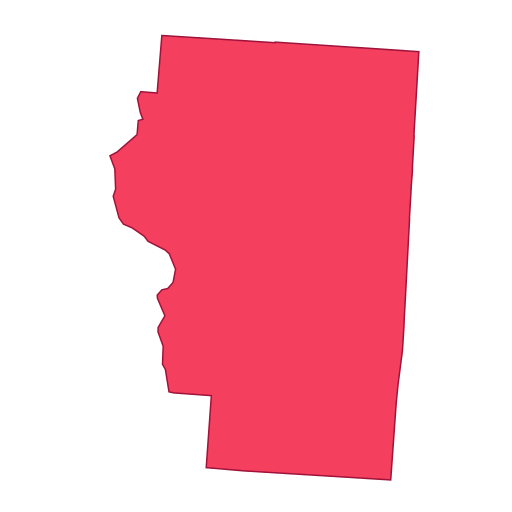 Cassia, Idaho, United States of America (Equal Earth projection), rotated 274°
{"feature_id": "52423323B45878756747567", "entity_name": "Cassia", "entity_type": "district", "adm_level": 2, "iso_a3": "USA", "parent_name": "United States of America", "parent_adm1": "Idaho", "projection": "equal_earth", "projection_center": [-113.644, 42.338], "detail": "fine", "context": "isolated", "style": "filled", "palette": "rose", "viewbox_px": 512, "rotation_deg": 274, "n_neighbors": 0, "source": "geoboundaries", "source_scale": "gbopen_adm2", "svg_char_len": 900}
<svg xmlns="http://www.w3.org/2000/svg" viewBox="0 0 512 512"><g transform="rotate(274 256 256)"><path d="M159.5,169.7L141.4,170.3L136.6,173.5L114.4,178.7L113.7,183.6L113.6,221.2L41.4,221.1L40.8,258.9L42.0,406.0L100.4,406.1L115.7,406.1L120.2,406.2L122.4,406.2L138.4,406.7L172.1,408.7L195.9,408.5L204.6,408.2L215.2,408.1L303.5,406.6L304.9,406.4L326.7,406.2L336.5,406.0L338.4,406.0L351.4,406.1L357.3,405.8L387.2,405.4L387.7,405.1L470.9,404.2L471.2,404.2L470.7,260.3L470.1,260.3L469.4,146.7L411.7,146.0L411.9,129.6L405.0,126.7L391.3,130.5L384.5,133.6L382.9,129.1L368.8,128.9L350.0,110.1L345.8,103.3L333.0,109.1L312.8,111.3L305.6,109.4L284.5,116.7L278.5,121.6L275.4,130.5L267.9,143.1L263.1,147.3L255.5,165.2L252.2,169.3L237.2,176.7L223.8,175.1L217.4,170.2L215.7,164.5L210.1,160.2L207.0,160.6L190.0,169.3L178.0,163.4L173.6,163.5L159.5,169.7Z" fill="#f43f5e" stroke="#9f1239" stroke-width="1.5"/></g></svg>